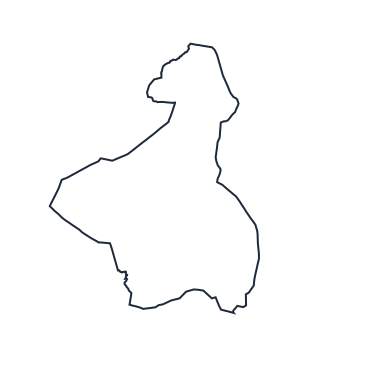 Santo Tomás Ocotepec, Oaxaca, Mexico, rotated 127°
{"feature_id": "50627088B23444844999779", "entity_name": "Santo Tomás Ocotepec", "entity_type": "district", "adm_level": 2, "iso_a3": "MEX", "parent_name": "Mexico", "parent_adm1": "Oaxaca", "projection": "orthographic", "projection_center": [-97.795, 17.12], "detail": "fine", "context": "isolated", "style": "outline", "palette": "slate", "viewbox_px": 384, "rotation_deg": 127, "n_neighbors": 0, "source": "geoboundaries", "source_scale": "gbopen_adm2", "svg_char_len": 3945}
<svg xmlns="http://www.w3.org/2000/svg" viewBox="0 0 384 384"><g transform="rotate(127 192 192)"><path d="M309.2,179.6L311.7,178.2L317.0,175.4L319.6,174.1L318.5,171.1L317.2,168.3L315.7,164.3L315.1,162.4L314.8,160.7L306.2,151.9L302.2,150.4L299.5,147.8L290.9,143.2L284.4,137.9L279.5,137.3L275.1,136.7L268.7,131.9L265.8,127.3L263.9,123.5L265.0,112.1L261.9,109.8L266.4,102.3L268.5,98.0L266.3,92.9L263.5,86.0L263.2,87.2L261.3,87.6L258.2,87.3L255.7,87.3L253.1,81.8L251.8,81.3L250.0,80.6L242.7,86.3L241.3,87.4L238.3,86.1L235.3,86.2L231.4,86.3L229.5,86.4L224.3,89.6L221.0,91.2L213.7,94.5L209.3,96.5L207.6,97.2L204.7,98.6L200.7,101.7L199.0,103.3L196.8,105.3L193.8,108.1L185.8,114.6L183.5,116.9L181.8,119.3L180.9,120.5L180.0,121.6L179.3,123.9L178.7,125.8L177.7,129.2L175.9,134.4L175.2,136.7L174.2,139.0L172.3,144.4L171.0,147.9L169.4,152.8L169.0,154.1L168.9,157.6L168.7,161.6L168.5,165.1L168.0,172.3L168.8,176.6L169.0,177.9L165.9,179.5L161.2,180.6L157.3,182.3L156.4,183.3L155.7,185.7L155.2,187.5L154.2,188.9L152.5,191.4L150.1,193.9L149.4,194.3L148.2,195.0L147.1,195.6L145.4,196.6L143.0,197.9L140.9,199.1L137.4,201.2L136.6,201.6L132.0,202.6L119.2,210.8L117.3,209.7L116.5,209.2L115.5,207.9L113.3,206.5L110.4,206.3L107.4,206.4L104.7,206.2L102.3,205.7L101.2,206.0L98.7,206.7L95.5,207.3L93.3,208.1L92.1,209.9L91.7,210.7L90.9,211.4L90.7,213.4L91.2,216.0L89.9,220.5L88.2,223.6L86.2,226.8L80.3,237.5L67.4,254.5L64.9,259.4L64.4,263.1L65.5,265.2L69.0,271.9L70.4,274.7L70.4,274.8L71.6,276.7L72.2,278.0L72.3,278.1L74.3,282.1L74.4,282.4L76.5,282.6L77.8,282.7L78.7,281.6L79.3,280.7L83.2,280.4L83.3,280.5L84.1,280.9L84.2,281.2L84.6,281.6L85.9,281.5L86.5,281.8L87.5,282.1L87.9,282.2L88.3,282.3L88.8,282.3L89.4,282.3L89.9,282.6L90.4,282.5L90.8,283.0L91.3,283.2L91.7,283.2L91.9,283.0L92.8,282.8L93.2,283.2L93.9,283.6L94.8,283.8L95.6,283.9L96.1,284.2L96.4,284.4L96.5,284.7L96.9,285.4L97.2,285.8L97.3,286.2L97.9,286.9L98.0,286.9L98.3,287.1L98.7,287.1L99.0,287.1L99.6,287.4L100.2,287.9L100.4,288.1L100.6,288.1L101.1,288.1L101.6,287.8L101.8,287.7L102.1,287.7L102.3,287.9L103.6,288.9L104.3,289.2L104.9,289.6L105.2,289.8L105.5,289.8L106.0,289.9L106.2,290.0L106.5,290.2L106.7,290.4L107.3,290.5L108.8,290.5L109.0,290.6L109.3,290.7L109.6,290.6L110.4,290.2L110.8,290.0L111.2,289.9L111.5,289.8L112.0,289.6L112.8,289.1L113.4,288.8L113.8,288.7L114.1,288.8L114.4,288.7L114.7,288.4L115.0,288.4L115.3,288.1L115.7,288.1L115.8,288.1L116.9,286.8L117.1,286.6L117.7,286.3L117.9,286.2L118.3,285.9L119.1,285.7L119.2,285.4L124.9,290.0L132.4,290.4L139.5,287.9L142.5,284.3L140.9,281.3L140.9,280.8L141.0,280.1L142.5,278.1L142.4,276.9L141.7,275.9L141.3,275.4L141.1,274.4L141.0,273.7L139.4,271.8L138.9,271.1L138.1,270.2L132.6,261.3L130.8,259.4L131.0,259.2L131.4,259.0L140.9,255.7L144.2,254.7L149.0,253.5L150.1,252.9L154.1,253.9L156.9,254.7L159.3,255.4L163.3,256.3L165.3,256.7L170.8,258.1L174.0,259.0L178.6,260.2L182.4,261.3L189.6,263.2L193.5,264.2L200.0,266.0L201.9,266.9L208.2,270.6L212.0,272.8L215.0,274.5L217.5,279.9L218.9,282.8L220.1,285.2L223.9,285.2L231.9,289.6L236.0,291.4L244.2,295.1L248.2,296.9L256.1,300.5L257.8,301.6L260.7,303.4L262.2,302.9L265.2,302.0L269.4,300.7L275.6,299.5L284.1,298.0L288.9,297.1L289.8,289.9L290.0,285.8L290.7,280.5L290.8,276.4L290.6,273.4L290.3,266.3L289.9,259.3L290.3,255.7L290.3,254.7L289.9,248.9L289.4,243.3L289.2,242.3L288.8,239.6L288.6,238.0L288.4,235.9L287.5,235.0L285.9,232.4L282.3,226.6L285.8,221.6L299.2,203.9L298.9,203.4L298.4,203.0L298.5,202.3L298.9,201.9L298.7,200.6L298.4,200.3L298.4,199.4L297.2,198.9L296.4,197.7L295.7,197.5L295.5,196.9L295.8,196.7L296.1,196.2L296.5,196.1L296.8,195.8L297.3,195.6L297.5,195.0L297.2,194.0L297.9,193.7L298.8,194.2L299.5,193.7L300.5,193.3L301.3,193.2L300.6,192.6L300.6,191.5L301.3,191.4L301.6,191.5L302.4,191.0L303.1,191.1L303.9,191.2L305.1,191.3L305.9,190.6L306.1,190.2L306.3,189.9L306.7,187.7L307.0,187.4L307.1,187.2L307.6,184.9L308.0,184.0L308.6,183.4L309.2,179.6Z" fill="none" stroke="#1e293b" stroke-width="2"/></g></svg>